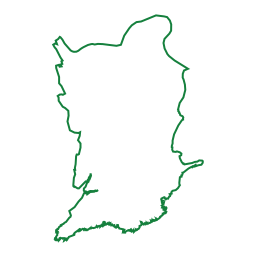 outline of Waterford City East Lea-6, Waterford, Ireland
{"feature_id": "5873133B90521383760938", "entity_name": "Waterford City East Lea-6", "entity_type": "district", "adm_level": 2, "iso_a3": "IRL", "parent_name": "Ireland", "parent_adm1": "Waterford", "projection": "orthographic", "projection_center": [-7.041, 52.202], "detail": "fine", "context": "isolated", "style": "outline", "palette": "green", "viewbox_px": 256, "rotation_deg": 0, "n_neighbors": 0, "source": "geoboundaries", "source_scale": "gbopen_adm2", "svg_char_len": 5832}
<svg xmlns="http://www.w3.org/2000/svg" viewBox="0 0 256 256"><path d="M73.3,185.3L73.9,186.0L73.6,186.4L74.2,186.9L74.6,186.5L77.5,188.3L78.9,188.4L85.7,181.4L87.3,181.4L87.8,179.8L88.6,179.1L88.9,177.5L90.4,175.5L90.6,173.4L91.0,175.7L89.5,179.6L88.8,180.0L88.5,181.7L86.9,183.1L85.6,186.7L83.9,188.5L83.8,190.6L84.3,191.3L85.9,191.4L86.6,192.3L87.7,192.7L88.0,191.9L90.2,191.0L93.8,191.1L95.4,190.5L96.5,190.9L98.1,190.1L96.7,191.1L95.6,191.0L94.2,191.7L90.2,192.0L87.2,194.3L87.0,193.5L85.7,193.3L85.1,192.8L84.0,193.3L82.0,197.8L78.6,201.5L74.6,207.1L69.3,211.0L70.9,215.4L70.5,216.8L69.2,217.8L66.1,221.9L64.4,222.8L63.5,223.9L62.2,224.3L61.8,225.0L60.7,225.1L60.5,225.8L60.8,226.0L59.1,227.0L58.2,229.0L57.4,228.9L56.8,229.9L56.1,230.2L56.2,231.2L55.6,230.8L56.1,231.3L56.6,231.1L56.4,231.8L57.2,231.4L57.7,231.6L57.1,232.7L57.7,233.0L57.1,233.5L57.3,235.0L56.1,236.6L56.0,237.7L55.2,237.9L54.9,238.8L55.5,238.9L55.2,239.8L55.7,240.2L56.8,240.2L57.0,239.8L57.2,240.3L58.3,240.4L58.5,239.6L58.9,239.4L58.6,240.1L58.9,240.1L59.5,239.3L59.4,239.9L59.9,239.4L59.8,238.7L59.4,238.7L59.6,238.1L60.3,237.8L60.9,238.2L62.0,238.1L62.6,238.6L63.2,238.1L64.5,238.1L64.9,238.4L63.9,239.8L64.5,239.4L64.2,240.6L65.9,239.4L65.8,240.6L66.2,239.4L66.7,240.2L67.4,239.4L67.3,238.5L68.4,237.9L68.9,236.9L74.3,234.9L74.4,234.3L73.9,234.0L74.7,232.8L77.6,230.7L77.5,231.0L78.1,231.3L78.7,230.6L78.3,230.2L79.7,229.0L80.6,229.3L79.8,230.1L80.0,230.8L82.7,228.8L83.8,229.0L83.9,229.5L84.5,228.9L84.7,229.3L84.9,228.9L85.7,229.1L86.0,230.2L87.0,230.2L87.3,229.6L88.0,229.7L90.0,228.2L89.9,228.5L90.9,228.5L92.5,227.8L93.5,228.1L95.2,227.6L96.3,227.0L96.6,226.1L97.5,227.1L98.2,226.1L99.0,226.3L99.3,225.9L100.3,225.9L100.3,226.4L100.7,225.9L100.7,226.4L101.6,225.6L102.2,225.9L102.6,224.9L103.0,225.9L103.5,225.2L103.5,225.6L104.3,225.2L103.2,222.3L104.0,221.8L104.6,222.0L104.6,223.5L104.8,223.9L105.1,223.6L105.3,224.7L106.0,224.7L107.0,223.7L107.5,223.9L107.6,223.4L108.2,223.9L109.0,222.8L109.3,223.4L110.2,223.1L109.9,224.3L110.3,224.1L110.3,224.6L111.1,224.5L111.3,225.2L112.1,224.5L112.8,225.5L114.0,225.2L113.8,226.0L114.4,226.7L115.2,226.5L115.5,227.5L116.1,227.7L116.9,226.9L117.2,225.0L118.0,225.1L118.3,227.3L119.0,227.7L119.3,228.5L123.3,229.3L123.1,230.8L123.8,229.9L124.3,229.9L123.4,232.1L123.7,232.0L123.9,232.6L125.1,232.6L125.1,232.0L126.5,231.1L128.4,230.1L129.8,230.2L131.0,229.2L131.6,230.1L131.3,230.6L131.9,230.2L132.3,230.7L132.1,231.5L132.8,231.3L133.3,230.5L133.3,231.3L134.1,231.3L134.1,231.7L135.4,230.4L135.8,229.4L136.5,230.0L136.8,229.5L137.3,229.7L137.7,229.1L138.6,228.9L139.6,227.4L139.5,226.0L141.3,225.2L141.6,223.8L140.9,221.8L141.6,222.0L142.7,224.0L143.4,223.8L143.7,224.3L144.9,223.1L145.4,223.2L145.5,223.8L145.9,223.3L146.3,223.6L146.4,222.8L147.0,223.6L147.3,223.3L147.3,223.8L147.9,223.8L148.7,223.1L148.5,222.6L149.0,223.1L150.3,222.7L151.3,221.4L151.1,220.8L151.9,221.2L152.0,220.8L152.2,221.4L152.9,220.6L152.5,221.3L153.2,221.0L153.6,220.4L153.3,219.9L154.2,220.1L154.5,220.7L155.0,220.4L154.8,220.8L155.7,219.6L155.3,220.7L155.9,219.9L155.9,220.3L156.7,220.0L156.4,219.2L157.0,219.7L159.2,218.3L160.4,217.2L160.2,216.7L162.4,215.2L162.6,214.2L162.8,214.4L163.2,213.9L163.2,214.4L163.9,213.7L164.0,213.1L164.6,212.9L164.5,213.5L165.3,212.4L165.2,213.3L165.6,213.2L166.3,211.9L165.4,211.5L165.4,210.8L166.5,208.0L165.5,206.6L165.9,208.2L165.2,210.1L163.8,209.7L163.4,210.6L163.5,209.1L164.8,207.9L164.3,207.0L162.9,207.8L162.1,207.6L162.8,206.5L161.9,205.7L162.3,205.5L162.4,204.8L163.0,204.7L162.6,204.0L163.5,204.2L163.8,203.0L163.6,203.2L162.9,202.2L162.1,202.4L161.8,201.5L162.8,200.7L161.9,200.5L161.2,199.7L161.4,198.6L164.2,197.2L164.8,197.5L164.9,198.6L166.0,199.2L166.9,198.4L168.0,198.7L169.3,196.4L170.0,196.2L170.5,194.9L169.8,194.1L171.4,193.6L171.1,193.3L171.7,191.6L172.1,191.5L172.6,190.8L175.7,190.1L177.9,188.2L179.9,185.1L179.4,184.4L179.3,182.8L179.9,177.2L181.6,176.6L181.3,175.4L182.2,175.0L182.6,173.7L182.4,172.7L183.4,172.5L188.5,168.5L191.4,166.9L191.7,167.1L192.6,166.4L192.8,167.0L194.1,166.0L194.0,166.3L194.4,166.5L195.1,165.5L195.6,166.0L196.0,165.4L196.3,166.0L198.2,165.3L201.4,164.7L202.7,162.8L202.8,161.2L202.2,160.6L199.2,160.4L197.4,161.6L194.9,161.9L192.1,163.0L184.4,164.4L183.7,163.5L183.2,163.8L181.7,162.0L179.9,158.3L179.5,156.2L181.2,155.2L181.4,153.6L179.8,152.3L176.9,151.4L175.9,151.9L173.1,151.6L172.2,149.7L172.4,147.4L171.8,147.2L171.8,146.0L172.6,143.4L172.6,140.6L174.1,134.3L178.3,125.5L181.9,120.2L183.1,119.6L182.9,118.9L183.3,117.7L183.0,116.9L182.5,116.2L180.3,115.2L179.7,113.2L179.1,112.9L179.2,112.1L178.3,111.3L178.5,110.1L178.0,109.7L179.7,103.0L183.4,97.4L185.3,89.9L184.9,84.6L183.6,79.6L182.7,77.6L182.8,73.8L184.0,70.5L188.0,68.8L174.6,60.5L169.1,56.1L167.4,54.1L164.6,48.5L163.5,43.0L164.5,38.9L169.4,33.6L171.1,30.7L171.2,24.4L169.9,20.6L167.1,17.1L164.1,16.4L156.0,15.4L141.1,21.5L136.5,22.1L131.8,25.3L129.3,28.2L124.2,35.7L120.9,44.8L118.7,45.3L116.5,45.8L110.7,45.1L108.2,44.8L102.7,44.1L97.9,43.9L94.7,44.5L92.6,44.0L91.2,44.1L87.9,45.0L83.6,47.1L81.9,48.1L81.0,48.7L79.9,49.5L79.2,50.1L78.1,50.9L76.3,51.7L73.9,51.8L72.4,51.4L72.0,51.2L70.6,50.4L64.6,43.5L62.4,39.6L60.5,37.3L59.8,36.9L58.1,39.1L55.7,40.6L57.0,44.2L55.1,43.5L53.2,44.7L54.7,47.4L56.2,49.1L60.5,57.5L62.6,60.6L61.4,61.3L62.3,63.9L60.6,64.5L61.6,66.4L59.6,66.7L58.7,64.9L56.1,65.7L56.2,68.0L59.1,77.0L59.1,83.3L61.5,86.1L65.1,93.6L62.9,94.8L61.7,94.4L59.7,94.6L57.7,96.0L58.6,97.5L58.7,100.8L62.7,106.7L65.1,108.0L68.3,110.8L68.6,115.7L67.5,121.5L69.9,130.3L74.5,132.6L78.5,133.0L80.1,132.2L79.7,135.9L78.0,140.2L80.5,143.5L80.5,147.6L78.9,154.2L78.1,154.6L76.7,154.5L76.1,156.3L75.6,164.3L74.9,167.8L75.2,169.9L74.2,169.9L75.2,174.3L73.9,177.8L73.3,185.3ZM130.7,230.6L130.2,230.9L130.7,231.0L130.7,230.6Z" fill="none" stroke="#15803d" stroke-width="2"/></svg>